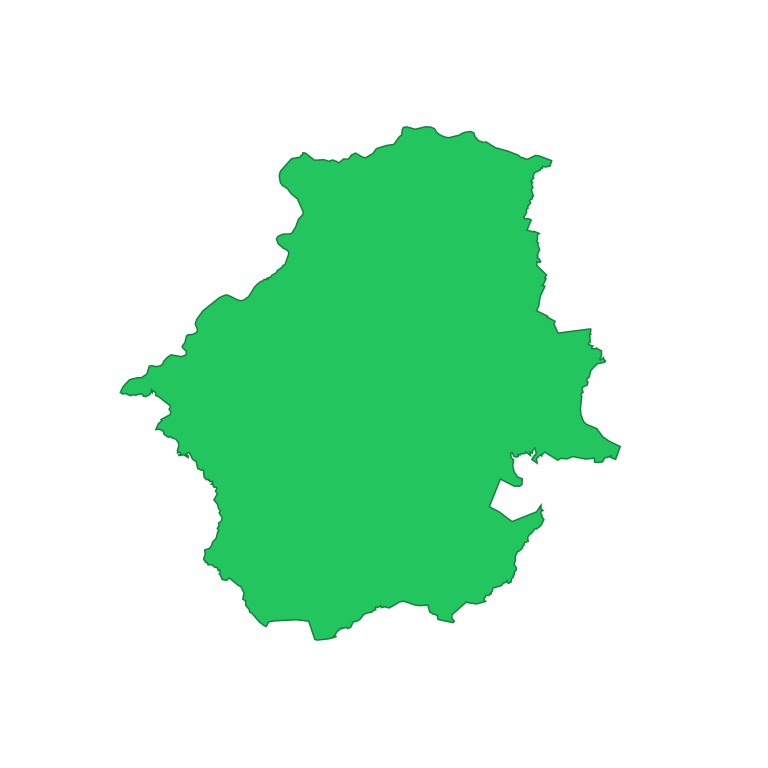 outline of Cuquío, Jalisco, Mexico, rotated 201°
{"feature_id": "50627088B71683874346404", "entity_name": "Cuquío", "entity_type": "district", "adm_level": 2, "iso_a3": "MEX", "parent_name": "Mexico", "parent_adm1": "Jalisco", "projection": "albers", "projection_center": [-103.018, 20.95], "detail": "fine", "context": "isolated", "style": "filled", "palette": "green", "viewbox_px": 768, "rotation_deg": 201, "n_neighbors": 0, "source": "geoboundaries", "source_scale": "gbopen_adm2", "svg_char_len": 6171}
<svg xmlns="http://www.w3.org/2000/svg" viewBox="0 0 768 768"><g transform="rotate(201 384 384)"><path d="M551.1,561.2L557.0,545.4L556.4,540.9L553.1,535.1L550.0,532.9L544.6,532.0L538.6,528.2L531.3,525.9L521.0,515.6L520.4,513.6L522.9,507.0L522.7,499.0L524.1,492.0L525.2,490.5L531.8,487.8L535.9,483.9L536.4,480.9L533.0,476.9L526.7,474.7L522.3,474.3L520.2,472.9L519.5,470.6L519.3,460.2L521.1,457.9L521.1,456.1L524.2,451.8L524.5,449.1L527.7,445.3L527.9,443.5L530.6,441.2L530.1,440.3L531.2,440.4L531.3,439.1L533.3,438.8L534.0,436.4L535.4,436.0L538.2,431.4L539.5,428.4L541.7,417.1L544.9,412.2L547.3,410.5L550.4,410.0L561.7,411.0L564.1,410.1L568.6,405.7L579.3,387.4L582.0,377.1L581.7,372.3L577.6,368.0L577.4,364.8L580.6,361.6L584.8,359.6L585.6,357.9L584.7,351.3L585.9,346.9L585.2,345.8L580.3,343.7L579.2,340.3L583.0,336.9L593.3,334.9L596.1,330.7L597.8,326.0L597.9,323.1L599.2,320.8L603.4,318.4L607.2,318.0L609.6,316.5L608.9,308.5L612.8,302.8L616.6,301.4L623.0,296.9L626.6,288.2L627.2,281.7L624.6,281.0L621.7,282.5L616.4,282.2L614.5,284.1L611.2,284.7L609.9,286.4L606.2,288.0L604.2,286.4L601.9,286.8L598.9,290.2L598.3,292.8L598.9,294.7L597.3,293.2L597.5,295.0L594.2,294.2L593.1,291.5L589.6,291.3L575.6,287.0L575.1,285.6L575.7,283.5L573.2,281.7L572.6,278.8L579.5,270.9L578.3,270.1L580.4,266.1L580.7,259.7L577.1,261.4L573.1,260.8L571.4,258.3L567.9,257.3L565.8,257.1L564.3,258.5L562.2,257.6L558.8,258.0L555.2,255.7L553.5,253.4L553.1,248.1L552.0,245.6L550.8,246.9L549.1,246.7L548.8,245.6L550.2,244.3L549.7,243.7L545.7,246.1L540.4,245.2L541.3,247.1L543.7,247.0L543.8,247.9L541.4,250.3L535.7,245.2L531.5,244.2L527.6,238.3L523.5,238.1L521.7,238.9L518.5,232.5L515.3,231.0L514.3,232.1L513.1,231.2L512.6,231.7L511.5,230.5L509.3,231.6L508.6,230.5L509.3,228.6L507.8,229.2L506.3,226.8L503.5,227.4L502.7,226.3L502.9,223.5L500.2,221.8L501.3,215.0L496.1,211.8L493.8,208.4L491.3,206.8L491.8,204.7L487.1,201.0L486.7,197.9L488.7,194.8L487.2,192.5L487.9,189.4L485.7,188.1L486.2,186.2L485.4,179.6L487.3,175.2L487.1,170.9L488.4,167.6L491.9,164.8L489.9,160.9L489.8,156.7L488.9,155.1L487.7,155.1L487.0,153.6L485.0,153.8L483.5,152.1L480.1,153.6L476.5,152.3L474.3,153.0L471.8,150.3L470.7,151.4L469.2,149.2L469.8,147.5L468.2,146.9L465.1,143.5L460.4,144.2L459.6,146.5L458.5,147.4L448.8,144.0L445.1,143.5L439.8,138.8L438.7,132.5L435.5,131.9L433.6,127.7L428.9,125.1L427.8,123.0L425.2,122.6L414.6,117.0L409.2,115.4L407.0,115.5L406.4,120.6L401.6,123.5L381.6,132.4L369.3,135.6L357.0,120.7L354.4,121.1L345.0,125.9L339.9,129.4L338.8,130.5L337.9,131.7L340.0,129.4L340.8,130.3L339.8,130.8L339.3,135.5L336.3,140.9L335.8,140.4L331.7,143.5L330.5,142.6L328.0,144.7L327.4,151.2L324.8,152.3L322.1,155.6L320.3,161.6L317.6,164.3L313.7,166.5L312.5,169.1L310.8,170.2L312.0,172.7L309.3,173.6L307.7,175.9L306.5,174.2L303.2,176.4L299.0,176.7L291.1,186.3L287.8,188.3L275.6,188.8L270.4,190.2L263.9,193.5L259.7,187.7L255.9,186.8L251.4,187.1L249.1,183.5L233.9,186.0L233.3,187.8L236.6,189.5L237.9,192.8L228.9,210.2L227.4,209.9L218.8,211.8L211.2,217.4L213.4,218.7L213.9,220.0L212.9,221.3L213.4,223.0L210.4,224.2L208.8,226.6L209.6,226.9L208.8,228.8L209.1,232.7L202.0,237.9L201.3,240.8L199.0,242.6L198.8,244.5L196.5,242.4L194.4,244.5L195.2,248.0L194.0,250.1L194.6,251.4L193.9,252.8L194.9,254.7L193.9,257.7L194.5,259.7L197.9,262.3L198.2,266.7L199.7,270.0L199.5,272.9L199.1,275.7L197.8,276.6L196.0,280.6L196.3,282.2L195.5,283.8L196.2,286.0L193.0,288.8L195.0,292.6L194.0,296.0L192.9,297.3L191.2,302.9L189.5,303.4L186.8,307.9L186.1,314.7L189.2,316.8L189.2,317.9L191.4,319.6L191.6,321.5L190.2,322.9L192.4,323.6L194.0,327.1L195.8,319.3L215.2,301.4L230.3,305.8L241.7,307.2L241.3,336.9L225.8,335.3L220.8,337.2L219.2,339.5L220.9,345.0L226.1,345.2L230.9,348.5L234.6,353.8L235.6,359.3L239.1,361.2L240.9,364.7L239.7,365.8L236.5,362.8L234.2,363.3L232.6,364.5L233.7,366.4L231.5,366.4L230.7,368.8L229.1,368.5L226.7,370.6L227.1,371.3L221.6,369.7L223.1,372.9L220.9,372.5L221.3,375.4L220.1,378.3L217.3,374.5L217.1,371.9L218.3,370.6L218.9,366.5L212.7,365.0L214.9,368.9L212.8,373.6L210.9,373.4L211.2,374.3L209.6,378.0L194.5,375.2L192.1,378.0L186.2,379.7L181.8,383.9L168.6,386.3L161.1,390.1L159.4,386.5L155.8,387.5L152.1,389.6L151.3,394.6L149.0,395.5L148.4,396.7L147.1,396.7L146.4,398.4L145.4,396.6L140.8,396.6L141.0,410.2L154.1,411.4L160.7,413.1L169.3,418.5L180.4,418.9L183.9,420.2L189.1,425.8L191.8,431.4L195.0,443.4L195.9,443.6L196.3,445.9L195.2,447.7L197.0,449.8L197.4,452.3L193.9,455.8L194.3,459.0L195.5,459.0L196.3,461.5L194.9,464.2L195.7,470.1L194.8,473.3L192.0,479.4L185.8,483.3L185.4,484.9L187.9,485.9L188.6,487.3L190.6,484.0L191.6,485.3L191.1,488.4L192.8,492.8L198.6,493.7L198.7,492.9L202.2,491.5L203.2,491.9L202.6,494.3L207.2,494.1L207.6,495.6L206.4,496.9L209.7,503.9L208.8,504.6L210.2,506.4L209.9,507.6L210.9,509.5L239.8,493.9L246.8,500.9L246.8,503.8L255.6,504.9L255.5,505.9L267.9,507.1L267.5,512.4L269.6,521.9L268.8,532.9L271.6,532.9L270.9,533.4L270.5,540.4L271.9,540.6L271.3,544.0L283.9,549.5L285.1,552.9L282.1,553.2L281.7,554.5L284.3,556.6L286.0,556.6L286.2,558.6L287.0,558.6L286.9,565.3L290.2,568.9L290.4,571.0L292.7,571.4L292.5,573.8L294.1,578.2L293.0,580.2L298.7,580.3L299.2,579.5L305.7,578.9L305.3,589.9L308.6,590.1L311.6,588.6L313.2,589.8L312.3,595.3L313.7,598.1L312.5,599.7L313.5,601.5L312.0,605.5L314.0,607.5L311.9,610.2L312.7,611.5L311.9,613.1L316.1,618.2L315.3,620.6L318.1,623.8L317.4,625.5L319.6,625.9L318.1,630.2L319.0,630.9L319.4,634.9L314.6,639.9L314.8,641.9L313.5,642.2L313.8,644.0L310.8,644.5L307.1,647.0L307.5,652.6L321.6,652.5L324.7,651.5L330.3,645.5L333.0,644.6L335.4,645.3L336.9,644.4L340.6,645.7L351.6,645.8L364.6,644.5L375.3,646.6L377.6,645.2L382.8,645.0L387.3,647.2L390.2,650.6L393.5,650.8L398.4,648.2L401.5,645.4L402.1,643.9L411.8,637.1L415.9,636.3L421.6,636.7L424.9,637.7L428.4,640.4L432.6,640.6L437.8,638.8L446.1,633.0L455.0,632.2L457.9,630.3L458.1,628.1L456.7,622.9L458.2,620.5L460.7,611.1L466.7,607.9L474.6,601.7L475.6,600.6L477.0,595.1L482.5,588.4L485.4,588.1L493.3,589.4L496.4,586.1L497.8,581.0L502.2,579.7L505.7,574.0L507.9,574.8L512.3,574.7L515.4,572.1L520.3,571.9L529.1,568.0L540.2,571.4L542.6,570.8L542.2,568.6L543.2,567.8L543.5,565.7L551.1,561.2Z" fill="#22c55e" stroke="#15803d" stroke-width="1.5"/></g></svg>